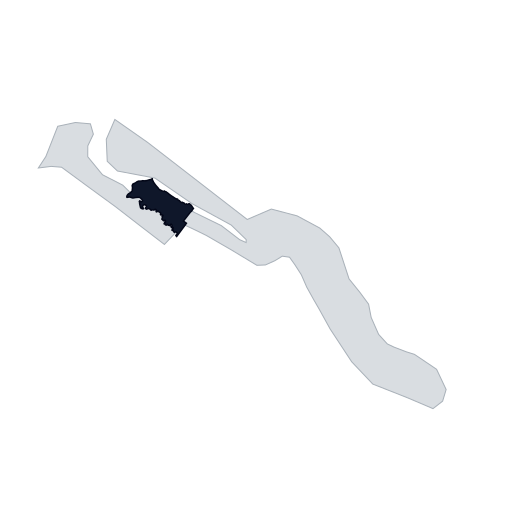 Kiang West, Lower River, Gambia (highlighted), rotated 37°
{"feature_id": "56634734B57370738255875", "entity_name": "Kiang West", "entity_type": "district", "adm_level": 2, "iso_a3": "GMB", "parent_name": "Gambia", "parent_adm1": "Lower River", "projection": "orthographic", "projection_center": [-15.997, 13.345], "detail": "fine", "context": "in_parent", "style": "filled", "palette": "ink", "viewbox_px": 512, "rotation_deg": 37, "n_neighbors": 0, "source": "geoboundaries", "source_scale": "gbopen_adm2", "svg_char_len": 6311}
<svg xmlns="http://www.w3.org/2000/svg" viewBox="0 0 512 512"><g transform="rotate(37 256 256)"><path d="M61.1,231.9L101.1,230.5L149.5,231.1L202.2,231.8L227.0,232.1L240.0,209.3L264.7,199.2L290.1,195.3L303.3,196.3L317.3,199.6L344.1,218.3L360.8,222.5L374.9,226.7L385.0,235.8L401.1,244.8L413.7,247.2L421.1,245.7L433.6,242.1L441.7,239.2L468.4,237.8L488.2,248.2L492.4,259.6L489.2,271.4L462.9,277.9L426.4,288.0L396.1,282.9L359.2,269.7L337.7,260.1L328.7,256.3L315.2,250.3L303.5,243.7L292.1,239.5L283.5,236.8L277.1,240.3L273.9,248.4L268.9,257.5L262.3,262.9L231.5,266.1L203.8,269.5L188.9,272.4L179.0,274.5L175.9,301.9L144.5,301.6L113.7,301.2L81.7,301.7L47.3,302.1L38.5,307.7L29.2,316.7L28.3,303.0L19.6,271.7L31.4,258.1L44.2,250.1L52.8,256.6L55.4,269.3L61.9,278.0L84.5,283.5L106.9,279.6L120.5,281.4L120.1,274.4L124.7,265.0L151.9,261.0L180.6,258.3L210.0,252.6L233.1,252.8L240.0,251.2L238.3,248.8L217.6,246.2L173.4,252.7L128.4,254.6L94.2,271.5L80.2,269.9L66.2,252.9L61.1,231.9Z" fill="#d9dde1" stroke="#a8b0b8" stroke-width="1"/><path d="M120.5,284.6L122.0,284.1L122.7,283.8L122.9,283.6L123.4,283.1L124.8,281.6L125.2,281.3L125.3,281.1L126.7,280.0L127.0,279.7L127.8,279.2L128.5,279.2L129.1,279.2L129.7,279.3L130.0,279.4L130.7,279.4L131.4,279.6L131.7,279.8L132.3,280.2L132.3,280.4L132.2,281.1L132.0,281.5L131.7,281.6L131.4,281.8L130.7,281.9L130.0,281.9L129.9,282.0L130.0,282.7L131.0,283.5L131.6,284.3L134.6,286.8L134.9,287.0L135.2,287.0L135.6,286.9L136.0,286.9L136.6,286.8L136.6,286.7L136.8,286.7L137.0,286.5L137.4,286.3L137.7,286.0L137.7,285.8L137.6,285.7L136.9,285.5L136.4,285.4L135.9,285.1L135.7,284.9L135.7,284.7L135.4,284.0L135.3,283.5L135.6,282.7L136.0,282.3L136.5,281.9L136.8,281.8L137.1,281.8L137.7,281.8L137.8,281.8L138.6,282.1L138.8,282.4L138.9,282.8L138.9,283.2L138.8,283.8L139.0,284.3L139.2,284.5L139.6,284.6L139.9,284.5L140.3,284.4L140.5,284.4L140.7,284.1L140.9,283.6L141.6,282.8L142.1,282.5L142.6,282.4L143.5,282.4L144.0,282.5L144.3,282.6L144.5,282.6L144.8,282.5L145.2,281.8L145.6,281.4L146.1,281.1L146.6,280.9L146.9,280.6L147.0,280.5L147.0,280.2L147.1,279.8L147.3,279.5L147.5,279.4L147.7,279.2L147.9,279.1L148.0,279.1L148.6,279.1L148.8,279.2L148.9,279.3L148.9,279.6L148.9,280.0L149.4,280.5L149.8,280.7L150.2,280.5L150.3,280.3L150.3,280.1L150.3,279.7L150.5,279.3L150.7,279.1L151.1,278.9L152.0,279.2L152.8,279.0L153.0,278.9L153.6,278.8L154.0,279.0L154.3,279.8L154.8,280.4L155.1,280.5L155.4,280.4L155.6,279.9L155.8,279.7L156.3,279.6L156.7,279.5L157.1,279.6L157.4,279.8L157.4,280.1L157.2,280.3L157.1,280.5L157.2,280.9L157.5,281.1L158.0,281.6L158.2,281.9L158.3,282.1L158.5,282.5L158.5,283.0L158.8,283.3L159.4,283.2L159.6,283.2L160.1,283.3L160.3,283.5L160.6,283.5L161.2,283.4L161.5,283.2L161.5,282.8L161.5,282.4L161.6,282.2L162.0,282.1L162.5,282.3L163.1,283.0L163.3,283.3L163.4,283.5L163.4,283.9L163.2,284.1L162.9,284.3L163.0,284.6L163.1,285.4L163.3,285.6L164.0,285.3L164.8,285.6L165.4,285.5L165.8,285.3L166.0,285.0L166.0,284.8L165.9,284.2L166.1,284.0L166.2,283.9L166.4,283.9L166.8,284.2L167.3,284.2L168.4,283.8L168.8,283.5L168.9,283.3L169.0,283.1L168.9,282.9L168.7,282.4L168.9,282.2L169.0,281.8L169.2,281.6L169.4,281.7L170.1,281.8L170.3,281.9L170.4,282.0L170.9,282.7L170.9,282.8L170.8,283.1L170.7,283.3L170.4,283.6L170.5,283.8L171.2,284.0L171.6,284.0L171.8,283.9L171.8,283.6L171.8,283.4L172.0,283.3L172.3,283.2L172.8,283.2L173.0,283.3L173.3,283.8L173.4,284.2L173.3,284.4L173.2,284.4L173.0,284.7L173.0,284.8L173.3,285.9L173.5,285.9L173.8,285.7L174.1,285.3L174.3,285.2L174.5,285.2L174.7,285.5L174.8,285.7L175.2,286.0L175.3,286.0L175.5,286.1L175.9,286.2L176.3,286.2L176.7,286.2L176.8,286.0L176.8,285.9L176.7,285.6L176.9,285.2L177.3,285.0L178.0,284.9L178.4,285.0L178.6,285.1L179.5,285.1L180.1,285.3L180.4,285.7L180.4,285.8L180.3,286.0L180.2,286.1L179.7,286.4L179.6,286.7L179.7,287.9L179.9,288.0L180.1,287.9L180.3,287.9L180.5,288.0L180.9,288.1L180.8,277.0L180.8,274.4L180.7,271.7L177.0,271.8L177.2,260.2L177.4,259.7L177.5,259.0L177.5,258.3L177.4,256.5L177.4,255.8L177.4,255.7L177.0,255.7L176.6,255.4L175.8,255.2L175.5,255.2L175.3,255.0L175.2,255.0L174.4,254.7L174.1,254.5L173.6,254.4L173.2,254.5L172.7,254.5L172.3,254.4L172.0,254.4L171.8,254.3L171.3,254.4L171.1,254.6L170.9,254.8L170.8,255.0L170.7,255.1L170.7,255.3L170.7,255.5L170.4,255.7L170.3,255.8L170.2,256.0L169.8,256.2L169.1,256.2L169.0,256.3L169.0,256.6L168.9,256.7L168.8,256.9L168.7,257.0L168.4,257.2L167.8,257.3L167.7,257.3L167.1,257.1L166.6,257.1L166.4,257.0L166.2,257.1L165.8,257.3L165.5,257.4L165.1,257.4L164.9,257.4L164.7,257.5L164.7,257.8L164.6,258.0L164.4,258.1L164.0,258.2L163.7,258.2L163.5,258.3L163.2,258.3L163.0,258.2L162.6,258.2L161.7,257.9L161.3,257.9L161.0,258.1L159.6,258.2L159.6,258.3L159.5,258.1L159.4,258.0L159.4,257.9L159.2,257.8L158.7,257.9L158.1,258.3L157.1,258.5L156.8,258.6L156.1,258.6L155.8,258.6L155.6,258.7L155.1,258.7L154.2,258.7L153.3,258.8L152.2,258.9L151.5,258.9L151.4,258.9L151.1,258.9L149.0,258.9L147.6,258.8L146.6,258.9L146.0,258.8L145.5,258.9L144.8,259.1L144.5,259.3L143.7,259.3L143.7,259.5L143.4,259.8L143.2,260.1L142.8,260.3L142.4,260.4L142.0,260.5L140.9,260.7L139.9,260.9L139.5,260.9L138.3,261.1L138.0,261.0L137.8,260.9L137.0,260.6L135.5,260.3L134.0,260.0L132.8,259.7L130.9,259.1L130.0,258.8L129.8,258.8L129.5,258.6L129.0,258.2L128.5,258.1L127.4,257.5L127.1,257.3L126.7,256.8L126.4,257.1L126.3,257.4L126.0,257.9L126.0,258.1L125.9,258.3L125.5,258.7L125.0,259.2L125.0,259.4L124.7,259.6L124.4,260.2L124.2,260.4L123.9,260.9L123.7,261.0L123.1,261.8L122.9,262.0L122.7,262.1L122.7,262.3L122.4,262.5L122.2,262.7L121.6,263.1L121.1,263.5L120.7,263.7L120.5,263.9L120.3,264.1L120.0,264.2L119.6,264.8L119.1,265.3L118.7,265.7L118.0,266.2L117.6,266.6L116.9,267.1L116.8,267.4L116.5,268.1L116.1,268.7L116.1,268.8L116.0,269.3L115.8,270.0L115.7,270.2L115.7,270.4L115.6,270.6L115.4,270.8L115.2,271.0L115.1,271.4L114.9,271.6L114.9,271.8L114.8,272.1L114.5,272.3L114.4,272.8L114.4,273.1L114.5,273.2L114.5,273.4L114.6,273.6L114.8,274.4L115.7,275.2L116.0,275.5L116.4,276.0L116.7,276.5L117.1,277.2L117.4,277.7L117.7,278.0L117.9,278.3L117.9,278.7L117.9,279.2L117.8,279.8L117.6,280.4L117.6,280.6L117.5,281.4L117.3,281.7L116.7,283.3L116.7,283.6L116.6,284.6L116.7,285.2L116.8,285.8L117.0,286.2L117.4,286.7L117.6,286.8L117.9,286.6L118.2,286.4L118.6,285.9L119.4,285.1L120.0,284.8L120.5,284.6Z" fill="#0f172a" stroke="#020617" stroke-width="1.5"/></g></svg>